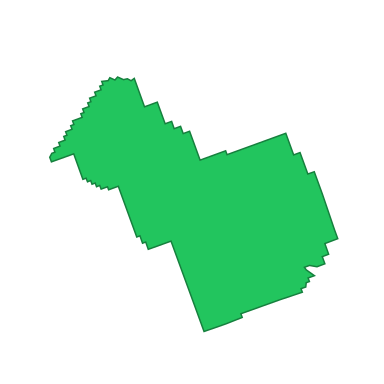 outline of Yellowstone, Montana, United States of America, rotated 250°
{"feature_id": "52423323B50031109105153", "entity_name": "Yellowstone", "entity_type": "district", "adm_level": 2, "iso_a3": "USA", "parent_name": "United States of America", "parent_adm1": "Montana", "projection": "natural_earth1", "projection_center": [-108.061, 45.978], "detail": "fine", "context": "isolated", "style": "filled", "palette": "green", "viewbox_px": 384, "rotation_deg": 250, "n_neighbors": 0, "source": "geoboundaries", "source_scale": "gbopen_adm2", "svg_char_len": 1309}
<svg xmlns="http://www.w3.org/2000/svg" viewBox="0 0 384 384"><g transform="rotate(250 192 192)"><path d="M276.3,73.5L273.3,70.2L268.4,70.2L268.3,93.9L241.2,93.8L241.2,97.2L237.3,97.3L237.4,100.7L233.5,100.7L233.5,104.1L229.6,104.1L229.7,107.5L225.8,107.6L225.8,114.4L222.6,114.4L222.6,124.7L168.6,124.7L168.6,128.1L160.8,128.0L160.8,131.4L153.1,131.3L153.0,155.5L83.6,155.6L56.8,155.6L56.5,179.3L57.0,196.3L60.9,196.3L60.7,237.6L60.1,261.4L63.9,261.4L63.8,266.4L67.7,268.3L67.7,271.7L71.5,271.7L71.5,278.4L79.8,272.7L82.8,271.9L82.8,277.3L79.0,283.9L79.1,292.3L86.7,292.3L86.8,299.1L98.1,299.2L98.3,313.0L108.1,313.0L145.3,313.8L169.2,313.8L169.3,307.0L192.1,307.0L192.1,300.2L215.1,300.2L215.1,261.8L215.1,237.7L219.2,237.7L219.2,210.5L249.9,210.5L249.9,203.7L257.6,203.7L257.6,196.9L265.3,197.0L265.3,190.1L288.3,190.1L288.3,176.5L318.5,176.6L317.4,172.8L320.5,170.0L321.0,166.1L325.5,161.4L323.6,157.9L327.5,153.9L325.3,151.3L326.8,145.0L323.0,145.0L323.0,141.5L319.1,141.5L319.1,134.7L315.2,134.7L315.2,127.9L311.4,127.9L311.4,124.5L307.5,124.5L307.5,117.7L303.6,117.7L303.6,114.3L299.7,114.3L299.7,104.1L295.8,104.1L295.8,100.7L292.0,100.7L291.9,93.9L288.1,93.9L288.1,90.5L284.2,90.5L284.1,83.7L280.3,83.7L280.2,76.9L276.3,76.8L276.3,73.5Z" fill="#22c55e" stroke="#15803d" stroke-width="1.5"/></g></svg>